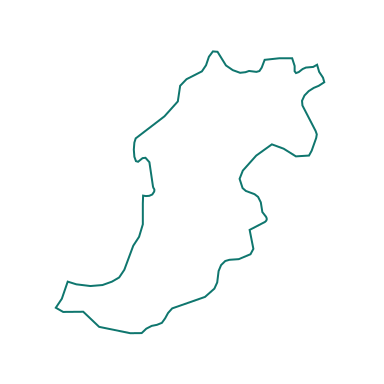 SVG path tracing the border of Como, rotated 191°
{"feature_id": "ITA-5452", "entity_name": "Como", "entity_type": "Province", "adm_level": 1, "iso_a3": "ITA", "parent_name": "Italy", "parent_adm1": "", "projection": "robinson", "projection_center": [9.13, 45.942], "detail": "fine", "context": "isolated", "style": "outline", "palette": "teal", "viewbox_px": 384, "rotation_deg": 191, "n_neighbors": 0, "source": "natural_earth", "source_scale": "10m", "svg_char_len": 1520}
<svg xmlns="http://www.w3.org/2000/svg" viewBox="0 0 384 384"><g transform="rotate(191 192 192)"><path d="M84.1,250.1L96.8,246.8L110.3,252.0L122.7,254.0L135.9,240.0L146.2,222.7L147.8,214.0L143.1,205.5L139.3,203.3L130.2,201.8L126.2,199.8L122.5,195.0L119.1,185.7L114.6,181.8L113.7,180.5L113.4,179.2L113.7,177.9L114.6,176.6L128.2,165.8L120.9,147.9L122.7,142.1L133.3,135.0L142.3,132.6L146.2,130.6L149.5,125.8L150.8,119.5L150.0,108.0L151.6,101.4L159.2,91.5L189.2,74.0L189.4,73.7L192.4,68.7L194.3,62.8L196.6,57.8L201.1,54.9L206.0,52.9L210.8,49.1L214.5,43.9L225.7,41.6L257.4,41.9L275.9,53.7L295.6,49.7L303.6,52.4L299.4,62.4L296.9,80.3L287.9,79.3L278.2,80.0L273.8,80.3L262.1,83.6L253.5,88.7L247.2,94.2L243.6,102.7L239.4,128.1L235.4,137.9L234.1,150.9L238.1,171.5L239.3,179.1L236.5,179.2L233.2,180.1L230.5,182.0L229.2,185.2L229.3,186.9L229.8,187.8L230.6,188.6L231.3,189.8L239.5,213.1L244.2,216.7L247.0,215.8L250.7,211.4L252.9,211.6L255.3,215.6L257.2,222.5L258.0,229.5L257.5,233.9L233.5,261.0L223.2,278.2L223.9,294.0L218.9,301.7L205.3,312.3L202.4,319.1L201.2,328.0L198.3,334.0L193.7,334.5L182.8,322.7L175.2,319.4L167.5,318.2L162.4,319.8L159.1,321.7L151.7,322.2L148.9,323.6L147.3,327.4L145.9,335.6L131.6,340.0L119.2,342.4L115.3,335.3L114.3,330.1L112.6,328.6L110.1,330.1L106.9,333.8L103.9,335.9L96.9,337.9L93.5,340.8L90.1,334.2L85.2,329.2L83.1,325.0L87.9,320.4L92.4,317.4L96.7,313.3L100.0,308.2L101.4,302.5L100.1,298.0L82.3,275.5L80.5,272.4L80.4,268.8L82.4,255.4L84.1,250.1Z" fill="none" stroke="#0f766e" stroke-width="2"/></g></svg>